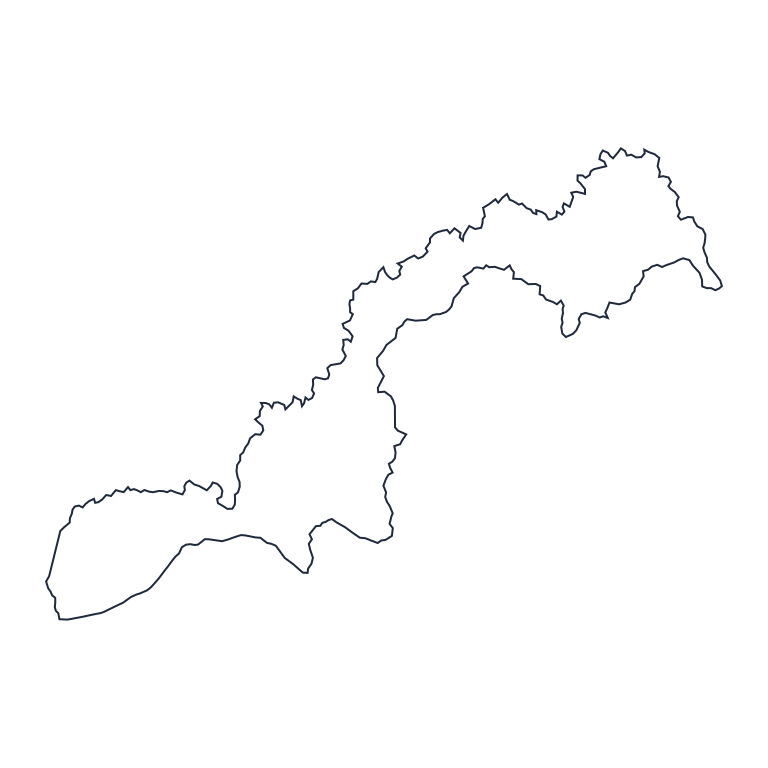 Campina Grande do Sul, Paraná, Brazil
{"feature_id": "56859067B91516213917217", "entity_name": "Campina Grande do Sul", "entity_type": "district", "adm_level": 2, "iso_a3": "BRA", "parent_name": "Brazil", "parent_adm1": "Paraná", "projection": "orthographic", "projection_center": [-48.831, -25.183], "detail": "fine", "context": "isolated", "style": "outline", "palette": "slate", "viewbox_px": 768, "rotation_deg": 0, "n_neighbors": 0, "source": "geoboundaries", "source_scale": "gbopen_adm2", "svg_char_len": 5697}
<svg xmlns="http://www.w3.org/2000/svg" viewBox="0 0 768 768"><path d="M659.3,158.0L654.6,154.2L648.5,152.0L644.3,149.7L644.7,153.4L641.3,157.1L636.1,157.4L631.3,154.7L627.0,155.6L625.0,151.0L620.9,148.4L617.7,152.8L613.0,158.3L610.0,155.9L608.0,152.8L602.8,150.5L600.4,154.3L599.4,159.2L604.4,161.8L606.2,166.2L593.9,169.2L590.8,171.3L589.7,174.9L585.6,177.8L582.5,175.4L577.6,175.4L577.5,180.6L580.5,183.4L585.0,189.1L585.0,193.9L576.4,191.7L571.3,192.7L573.2,197.0L569.7,206.8L563.9,203.4L562.6,206.9L564.4,211.7L561.8,214.6L556.9,211.7L556.4,216.6L551.7,219.2L548.4,219.5L545.6,214.4L542.2,212.2L536.2,210.2L536.4,214.1L533.2,213.0L530.7,209.6L526.7,208.2L522.0,203.5L518.9,204.6L513.1,201.1L509.7,199.7L507.0,194.0L502.6,197.5L498.2,202.7L495.4,199.3L489.1,204.2L483.1,207.8L484.9,216.3L482.7,219.1L482.5,223.0L481.2,227.8L475.1,229.0L469.2,226.0L465.5,232.1L463.5,235.7L462.9,240.6L459.7,237.4L460.6,233.0L454.5,228.3L449.8,233.3L447.2,229.9L442.7,230.7L437.7,232.1L434.1,233.9L430.0,238.5L430.0,242.4L425.7,248.3L427.5,251.7L422.8,256.6L418.2,258.5L414.3,255.5L407.6,258.8L403.5,261.5L397.7,263.5L401.8,266.7L399.3,270.9L400.2,274.6L397.0,277.6L392.7,279.4L389.7,277.6L387.1,275.0L385.0,271.9L383.4,267.2L378.7,272.0L377.1,279.0L375.3,282.1L370.9,281.4L367.3,283.9L361.5,283.5L357.9,288.3L353.3,291.2L353.3,299.6L350.1,300.4L349.4,304.2L350.1,308.3L350.1,312.2L352.8,314.2L349.9,320.5L342.6,323.9L343.9,327.9L348.6,330.8L352.6,336.3L350.8,341.7L347.8,339.3L343.2,339.9L343.7,345.0L342.4,349.6L345.8,356.0L343.5,360.3L340.5,363.4L330.6,365.1L327.3,368.2L329.3,374.5L328.0,378.3L324.8,379.3L315.9,377.3L312.9,379.5L313.2,384.7L311.9,390.0L314.1,393.5L312.0,398.1L308.4,399.9L305.5,397.5L304.1,403.2L302.0,406.2L300.7,400.1L297.4,398.7L293.7,396.4L292.6,402.2L288.0,406.8L285.4,409.4L284.3,405.0L278.1,402.3L273.9,402.7L271.9,407.8L269.3,404.4L265.8,403.0L261.0,402.9L262.8,406.4L259.9,411.0L259.7,416.1L255.1,419.3L258.3,422.3L262.4,425.8L263.3,430.4L260.4,434.7L255.3,434.2L250.1,438.3L248.2,443.6L245.2,447.6L243.2,452.4L240.2,455.1L240.2,460.5L237.2,464.9L236.5,471.0L237.6,477.0L239.6,482.1L239.7,486.8L238.0,492.3L234.8,494.9L235.1,499.5L234.8,504.6L232.4,508.7L227.4,508.9L223.0,506.0L218.0,503.2L217.1,499.0L221.4,496.7L222.4,490.9L220.5,487.0L217.2,483.8L212.7,482.5L211.0,485.8L206.8,490.3L202.7,488.0L199.1,486.0L194.3,484.5L189.5,480.6L186.2,482.7L184.3,486.3L184.9,490.0L182.5,494.4L176.1,492.5L170.8,490.4L167.1,492.2L163.5,491.2L159.1,490.9L153.1,492.2L148.9,491.6L144.4,490.0L140.8,492.2L137.4,490.4L133.9,489.1L130.4,490.1L128.0,487.1L123.7,492.1L119.1,491.1L115.9,490.1L111.0,496.0L106.2,495.0L102.3,499.4L98.3,502.2L95.1,502.8L94.0,498.8L89.0,501.2L85.6,503.9L82.6,507.4L78.8,505.6L74.6,506.6L72.5,509.8L71.9,513.5L69.9,518.3L69.7,522.6L64.4,527.0L60.3,531.0L58.8,537.1L53.7,557.7L49.1,576.3L46.1,581.5L48.2,588.3L50.6,591.7L52.2,595.4L55.2,597.8L55.3,602.4L54.8,607.1L55.8,610.7L58.3,613.2L59.4,619.2L67.3,619.6L71.9,618.8L76.0,618.0L82.6,616.8L87.1,615.8L90.7,615.0L95.7,614.0L101.0,613.0L104.4,611.7L109.0,609.4L116.2,605.9L119.8,604.2L123.2,602.6L126.2,600.4L131.0,597.0L136.2,594.6L139.8,593.5L143.5,591.9L147.0,590.4L150.6,587.6L154.1,583.8L158.7,578.5L164.3,571.1L168.4,565.8L172.6,560.1L175.5,556.5L179.0,553.5L181.9,547.2L186.2,544.6L190.6,544.2L194.6,545.0L198.0,544.6L204.8,539.2L208.2,539.2L222.1,541.2L229.0,539.2L232.1,538.0L235.3,536.9L240.9,535.1L245.2,535.4L255.4,537.4L260.4,537.8L267.0,542.9L271.3,543.8L275.9,545.8L284.7,557.9L293.2,564.2L302.8,572.6L307.6,572.9L308.1,568.6L311.5,563.7L312.9,557.7L310.3,550.1L308.8,543.9L311.9,539.3L309.5,534.2L316.0,526.1L320.3,525.8L322.3,522.9L325.6,521.9L328.5,520.1L331.9,519.0L336.4,522.3L345.2,527.3L352.4,532.6L359.8,537.7L365.2,538.2L372.1,540.9L377.7,543.0L381.2,540.5L385.5,539.9L391.9,535.9L392.8,528.1L389.6,523.9L391.3,516.7L392.7,513.3L389.7,506.0L387.1,502.1L385.2,497.0L386.1,492.4L383.4,485.7L385.9,479.1L388.4,474.7L392.6,472.6L390.0,467.5L388.9,463.8L392.4,461.6L395.0,458.0L395.6,452.3L394.3,446.1L400.2,444.2L402.0,440.6L406.2,434.4L397.9,430.7L395.0,427.3L394.9,406.0L393.1,400.3L390.8,396.3L384.6,391.7L378.2,392.2L377.8,388.0L383.9,376.1L377.3,365.3L377.1,358.0L383.0,351.0L386.4,345.0L395.6,337.9L397.2,328.8L402.4,325.1L404.5,321.5L407.2,319.2L415.7,320.7L426.3,319.9L432.8,315.0L436.6,314.2L439.9,314.2L446.2,311.9L448.9,309.6L451.5,306.5L453.8,298.2L459.3,292.1L462.4,286.8L468.1,283.5L463.6,276.4L471.5,271.3L474.0,268.1L477.2,267.3L483.4,268.6L486.2,265.3L489.2,267.2L495.0,266.8L498.5,268.1L504.0,269.8L509.7,265.4L511.4,269.1L513.9,272.1L513.2,278.7L521.3,279.1L528.3,284.2L535.8,284.0L540.2,286.0L539.6,294.3L543.3,295.5L546.0,299.5L553.0,302.0L556.9,304.3L560.9,300.6L563.7,305.6L562.6,309.0L563.0,313.1L561.7,318.8L562.6,322.6L561.2,326.9L562.3,333.5L565.9,337.0L572.9,333.9L576.3,330.3L579.8,322.9L578.7,319.1L581.3,314.3L585.4,312.9L595.3,315.5L599.7,317.5L603.1,316.3L607.8,318.0L605.3,312.4L607.2,308.4L609.5,302.5L619.1,304.3L625.6,302.5L630.2,299.7L632.2,293.9L634.5,291.2L635.0,287.1L639.4,283.8L643.6,276.5L643.1,271.1L648.0,269.7L652.0,266.5L657.3,264.8L662.1,267.0L666.1,265.2L673.8,262.6L679.3,259.7L683.2,258.3L689.4,260.1L692.9,265.6L699.5,272.8L702.0,279.7L702.2,286.4L706.7,288.1L711.0,288.1L715.4,290.2L719.2,288.4L721.9,286.1L720.2,280.5L716.4,275.4L713.5,271.7L709.3,266.6L707.2,262.1L706.9,257.7L704.4,252.0L703.2,247.7L704.6,243.1L705.2,238.3L705.4,234.6L702.6,229.0L697.3,226.3L694.3,221.5L692.9,217.4L688.0,217.0L680.9,219.7L677.9,216.2L679.8,211.8L677.0,205.5L676.8,201.1L678.7,197.2L674.8,192.0L670.5,188.8L668.4,186.1L670.9,181.9L668.6,177.5L663.1,176.2L659.1,176.9L659.9,171.6L657.6,166.3L659.3,158.0Z" fill="none" stroke="#1e293b" stroke-width="2"/></svg>